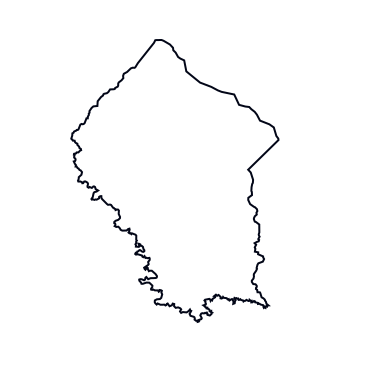 the district of Bonito, Mato Grosso do Sul, Brazil, rotated 136°
{"feature_id": "56859067B97300483436171", "entity_name": "Bonito", "entity_type": "district", "adm_level": 2, "iso_a3": "BRA", "parent_name": "Brazil", "parent_adm1": "Mato Grosso do Sul", "projection": "mercator", "projection_center": [-56.337, -20.967], "detail": "fine", "context": "isolated", "style": "outline", "palette": "ink", "viewbox_px": 384, "rotation_deg": 136, "n_neighbors": 0, "source": "geoboundaries", "source_scale": "gbopen_adm2", "svg_char_len": 6026}
<svg xmlns="http://www.w3.org/2000/svg" viewBox="0 0 384 384"><g transform="rotate(136 192 192)"><path d="M278.1,94.6L277.2,94.1L276.4,94.2L275.7,95.1L273.6,94.1L272.6,94.5L271.7,97.5L269.9,98.1L268.8,97.7L267.7,96.3L266.5,96.0L266.1,94.9L265.1,94.9L265.3,93.8L266.2,92.8L265.0,90.8L262.8,90.7L262.1,91.4L261.4,91.2L261.6,92.0L260.9,92.9L261.9,93.1L262.1,94.1L261.3,94.9L261.3,96.2L262.3,98.0L261.4,98.3L262.4,99.8L262.2,100.8L262.5,102.5L260.4,101.5L259.7,101.8L259.4,102.9L258.5,103.7L258.4,105.3L257.4,105.4L253.8,103.1L253.7,101.9L254.2,100.9L253.2,101.2L252.9,100.0L251.3,100.8L248.5,100.2L247.9,100.7L248.4,101.7L246.1,101.5L246.0,99.9L244.4,99.5L244.3,96.5L245.3,95.7L244.7,94.8L243.7,94.5L242.6,94.9L242.7,93.9L240.8,91.5L241.0,90.0L240.0,89.5L240.5,88.8L240.5,87.9L238.1,87.5L237.5,87.0L238.3,84.2L240.0,82.9L238.6,82.3L236.8,83.7L235.9,83.8L235.4,84.9L235.8,85.9L235.0,86.3L234.7,85.4L233.7,84.8L233.6,83.8L232.8,83.3L233.4,82.0L232.7,81.4L231.7,81.3L231.7,80.2L230.6,78.5L231.0,77.5L230.1,77.4L229.2,76.7L227.8,76.6L227.1,74.4L226.3,73.8L225.5,74.4L225.4,73.0L224.7,72.4L226.0,71.4L225.2,70.7L223.1,70.5L222.7,69.5L223.2,68.8L221.6,66.4L222.3,65.6L221.0,64.7L220.9,63.5L219.4,61.1L219.5,59.9L220.4,59.8L220.8,58.7L219.8,58.6L219.6,57.6L218.4,58.4L217.7,58.3L217.5,57.5L216.7,58.0L215.8,57.3L216.1,59.9L215.1,61.6L214.9,63.2L214.4,64.0L214.5,66.0L215.1,67.9L213.1,71.8L212.9,72.7L214.5,74.4L213.1,76.4L213.4,77.8L212.5,78.6L211.5,78.7L210.7,79.3L210.5,80.2L210.4,81.5L211.9,83.2L211.4,85.8L210.5,86.7L207.9,87.0L206.0,88.3L205.3,89.3L204.4,90.0L200.5,90.8L198.6,91.6L198.4,92.4L195.4,94.2L193.8,94.6L189.4,92.7L186.7,93.7L186.2,95.6L185.6,96.3L187.7,101.3L186.3,102.6L188.2,105.4L185.9,107.1L185.3,108.6L182.5,109.5L182.5,111.7L179.9,111.0L178.3,110.2L177.0,110.9L177.0,112.1L174.4,112.9L174.1,114.2L173.4,115.2L171.7,116.1L166.2,121.9L166.8,125.8L167.4,127.1L166.4,129.4L165.7,130.1L163.7,130.9L161.1,130.8L160.1,132.3L158.2,132.9L157.2,134.6L157.3,137.4L157.7,138.2L158.6,142.9L157.1,147.2L155.5,148.7L151.0,148.1L148.9,150.5L148.6,151.5L145.8,154.1L143.2,155.9L141.9,156.3L139.6,158.3L136.2,165.2L136.1,169.0L93.7,169.3L92.8,170.5L92.4,173.7L88.3,181.6L89.3,186.9L93.5,196.1L91.6,202.5L91.2,206.1L91.8,210.4L91.8,213.4L94.3,216.5L97.6,222.0L93.9,232.8L101.1,243.4L102.8,247.1L105.1,254.2L110.2,265.1L112.3,282.7L106.2,292.1L107.7,296.1L108.2,298.8L106.9,303.7L107.0,306.9L105.5,308.9L105.4,313.4L107.4,320.5L108.3,322.5L112.3,326.2L113.0,326.7L115.7,325.7L141.4,322.3L146.1,321.1L147.0,321.2L148.3,322.6L150.1,323.4L155.3,323.4L158.9,324.4L160.9,323.4L162.3,321.6L165.1,321.3L168.6,321.7L169.7,321.3L171.2,319.8L172.3,319.4L175.0,320.2L175.7,319.8L176.7,320.1L179.7,322.7L182.8,322.0L184.6,322.2L187.0,323.7L187.9,323.8L189.0,323.2L191.5,323.5L196.8,322.8L200.3,319.6L203.5,322.1L205.9,322.2L209.6,321.4L210.6,320.2L211.8,320.1L212.6,319.1L214.5,318.6L215.8,317.4L216.7,318.3L221.5,316.1L222.8,316.2L223.6,316.7L224.2,317.7L225.5,318.0L230.2,315.9L231.1,316.0L231.8,316.7L232.7,316.6L234.2,317.2L234.9,317.4L236.1,316.9L237.3,317.3L238.9,315.8L241.8,314.2L242.0,313.4L241.6,312.7L242.0,311.7L240.8,310.4L241.5,309.1L241.5,308.1L240.9,306.4L241.7,305.6L241.7,303.1L242.4,301.8L242.0,300.2L242.7,299.1L243.7,299.5L246.2,299.4L247.5,300.6L248.5,300.3L250.3,301.4L251.0,300.9L250.5,300.3L252.6,299.0L252.9,298.2L252.7,297.1L253.4,296.0L254.6,295.5L255.8,296.1L256.7,293.5L256.7,292.3L258.0,291.2L257.3,290.7L257.7,288.6L257.3,287.7L257.6,286.1L257.1,284.9L257.3,282.7L259.6,281.2L263.1,281.3L264.6,280.0L266.2,279.3L266.5,278.5L265.0,277.1L264.3,275.4L264.8,274.5L264.2,274.0L262.2,274.4L261.3,273.6L260.7,271.4L261.0,270.3L262.0,269.4L263.1,268.9L263.7,268.0L263.3,266.8L262.2,266.8L261.2,264.5L259.1,264.5L258.5,263.9L258.3,262.9L259.3,261.0L258.5,258.3L260.3,258.6L262.3,259.7L263.6,259.5L266.9,257.3L269.2,256.8L269.3,256.0L268.4,255.6L267.7,254.1L266.5,253.6L265.9,252.7L263.3,252.0L262.2,253.0L260.9,252.7L260.1,252.0L261.3,250.6L261.6,249.3L261.5,242.2L261.3,241.1L259.7,239.9L259.2,238.9L259.7,235.5L259.3,234.7L259.4,233.9L259.0,232.9L259.5,232.1L258.2,231.6L257.4,230.7L257.5,229.4L260.0,227.1L261.1,224.0L262.1,223.2L264.4,223.2L267.0,224.4L268.8,224.4L269.6,223.5L269.2,222.7L269.7,221.8L270.2,221.3L271.3,221.2L270.8,219.5L269.1,218.2L269.1,216.0L269.6,214.4L269.0,212.7L265.8,209.7L263.7,209.7L262.5,209.1L263.1,208.1L264.4,207.6L264.9,206.8L265.8,206.8L265.7,205.7L265.0,205.3L264.9,203.8L263.9,204.0L262.3,200.5L262.4,199.3L265.3,196.4L265.4,195.4L266.5,195.2L267.8,193.9L269.0,193.7L269.4,192.4L270.3,191.7L268.4,189.5L267.5,189.4L266.4,191.9L265.9,191.2L265.6,190.1L266.2,189.2L265.6,188.1L265.4,186.7L266.6,184.5L266.7,183.3L267.3,182.6L268.4,182.6L269.2,183.5L269.6,186.0L270.2,186.7L271.9,186.7L272.8,187.2L274.4,186.3L274.8,187.3L275.9,186.9L275.8,185.9L274.2,184.8L272.1,181.0L272.6,179.9L272.3,178.9L270.7,178.9L271.3,176.9L270.5,176.5L270.2,175.5L268.4,174.2L268.8,173.3L269.7,172.5L272.2,172.1L273.3,170.2L274.2,170.0L279.0,170.8L279.5,169.6L279.5,168.4L276.7,168.8L276.6,168.0L277.4,167.1L278.0,165.0L277.2,164.8L275.6,163.3L275.2,158.3L275.6,155.9L276.2,155.3L277.1,155.0L278.2,155.6L281.7,158.8L284.1,159.7L283.9,162.6L285.0,162.7L286.6,161.6L287.8,161.8L288.8,164.2L289.9,165.3L290.8,165.7L291.5,164.8L291.6,162.2L292.1,161.1L291.1,160.1L287.7,158.5L285.7,156.4L285.5,152.2L286.6,151.2L288.5,150.9L289.2,150.2L288.6,149.2L287.7,148.9L287.1,147.1L284.8,144.8L285.2,143.4L284.4,143.3L283.3,143.9L282.6,143.0L282.3,141.9L283.9,140.9L284.5,139.1L287.7,137.2L289.5,137.3L291.8,139.2L294.0,139.8L295.3,138.7L295.7,137.5L295.6,135.6L294.2,135.7L293.0,132.8L290.1,130.1L289.9,128.8L289.0,128.5L287.9,129.0L287.0,128.7L287.5,125.4L285.2,124.5L283.4,125.1L282.6,123.8L284.2,122.3L284.2,120.0L282.1,118.6L281.2,116.4L281.3,115.1L283.6,114.4L283.8,112.6L282.0,112.0L279.5,109.1L277.1,108.7L275.1,108.9L275.5,107.8L275.2,107.0L278.4,106.0L279.1,104.0L277.4,101.0L277.3,100.1L277.9,99.0L278.8,98.4L278.5,96.4L276.6,95.4L277.5,95.2L278.1,94.6Z" fill="none" stroke="#020617" stroke-width="2"/></g></svg>